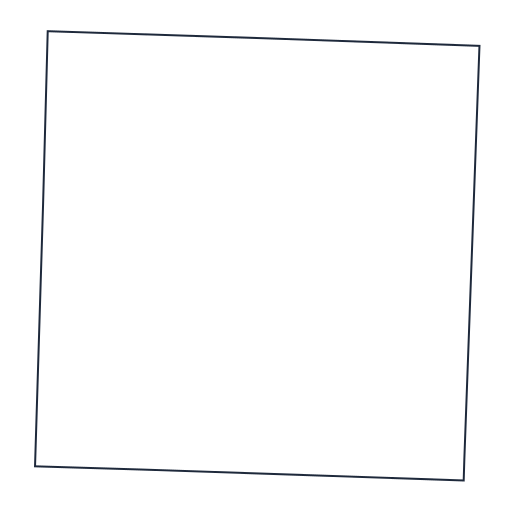 Marion, Iowa, United States of America (Albers equal-area conic projection), rotated 182°
{"feature_id": "52423323B54462982436391", "entity_name": "Marion", "entity_type": "district", "adm_level": 2, "iso_a3": "USA", "parent_name": "United States of America", "parent_adm1": "Iowa", "projection": "albers", "projection_center": [-93.073, 41.335], "detail": "fine", "context": "isolated", "style": "outline", "palette": "slate", "viewbox_px": 512, "rotation_deg": 182, "n_neighbors": 0, "source": "geoboundaries", "source_scale": "gbopen_adm2", "svg_char_len": 277}
<svg xmlns="http://www.w3.org/2000/svg" viewBox="0 0 512 512"><g transform="rotate(182 256 256)"><path d="M469.5,38.1L361.7,38.6L181.6,38.8L40.6,38.9L40.7,60.0L40.0,473.8L255.6,473.9L472.0,473.4L470.6,300.2L469.5,38.1Z" fill="none" stroke="#1e293b" stroke-width="2"/></g></svg>